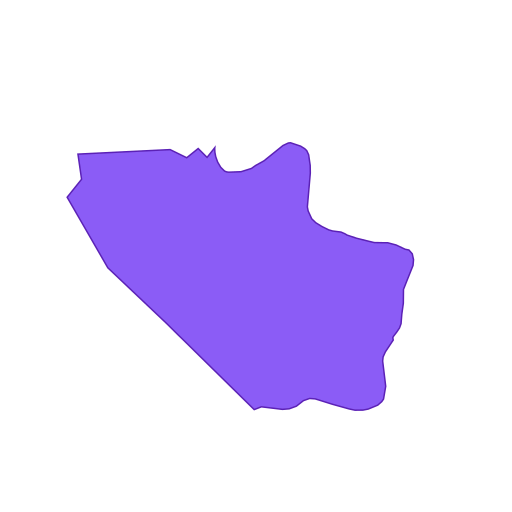 Boone, Kentucky, United States of America, rotated 140°
{"feature_id": "52423323B16120652166140", "entity_name": "Boone", "entity_type": "district", "adm_level": 2, "iso_a3": "USA", "parent_name": "United States of America", "parent_adm1": "Kentucky", "projection": "albers", "projection_center": [-84.783, 38.962], "detail": "fine", "context": "isolated", "style": "filled", "palette": "violet", "viewbox_px": 512, "rotation_deg": 140, "n_neighbors": 0, "source": "geoboundaries", "source_scale": "gbopen_adm2", "svg_char_len": 1251}
<svg xmlns="http://www.w3.org/2000/svg" viewBox="0 0 512 512"><g transform="rotate(140 256 256)"><path d="M150.5,184.8L156.8,190.3L161.3,196.4L167.5,204.9L172.8,213.5L173.6,215.9L175.5,219.7L181.3,226.0L183.5,229.3L186.5,236.1L188.8,243.0L189.4,248.7L187.1,257.0L185.1,260.6L161.1,284.6L156.3,290.5L150.6,299.7L149.4,304.1L149.7,306.9L151.2,311.5L156.3,319.8L156.7,320.5L158.6,321.8L164.3,323.3L188.8,323.8L198.1,325.6L203.2,326.0L213.3,330.2L223.1,337.8L224.5,339.4L225.5,341.3L226.0,346.6L225.0,352.6L223.0,358.0L220.8,361.9L218.6,364.8L217.9,365.5L230.1,363.0L231.2,375.5L245.9,375.8L253.4,392.7L308.6,434.6L326.9,448.5L340.3,426.9L362.9,422.4L368.6,390.1L377.1,342.2L367.8,261.3L366.4,246.0L365.7,239.3L361.7,197.5L357.3,152.0L356.1,139.5L348.8,137.0L334.3,121.5L328.8,117.6L321.6,115.0L312.6,114.7L306.5,112.4L302.5,108.5L300.3,105.1L292.7,93.2L282.9,78.9L279.3,74.3L273.1,69.2L268.4,66.6L258.6,63.5L253.3,63.6L250.3,64.4L240.4,72.8L226.5,94.1L223.5,97.0L218.5,99.4L204.9,103.4L203.7,105.5L202.4,106.1L197.3,107.2L192.4,108.6L188.4,110.9L181.6,117.8L173.5,125.1L164.5,135.6L156.2,140.1L141.8,147.8L137.7,151.9L134.9,157.2L135.0,162.3L137.4,165.3L141.6,174.4L146.6,181.5L150.5,184.8Z" fill="#8b5cf6" stroke="#5b21b6" stroke-width="1.5"/></g></svg>